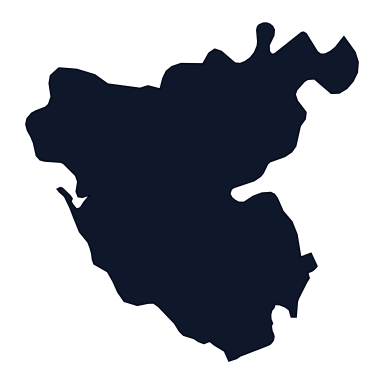 outline of Cádiz
{"feature_id": "ESP-5812", "entity_name": "Cádiz", "entity_type": "Autonomous Community", "adm_level": 1, "iso_a3": "ESP", "parent_name": "Spain", "parent_adm1": "", "projection": "equal_earth", "projection_center": [-5.7, 36.526], "detail": "fine", "context": "isolated", "style": "filled", "palette": "ink", "viewbox_px": 384, "rotation_deg": 0, "n_neighbors": 0, "source": "natural_earth", "source_scale": "10m", "svg_char_len": 2185}
<svg xmlns="http://www.w3.org/2000/svg" viewBox="0 0 384 384"><path d="M296.1,317.0L291.3,317.0L289.3,309.9L285.3,306.9L279.5,304.6L274.8,304.4L274.0,307.6L271.7,310.4L270.6,314.5L270.8,319.2L272.5,323.4L271.2,325.8L271.9,330.9L273.3,334.1L274.0,336.7L273.2,340.4L271.6,342.6L269.9,344.3L264.7,346.5L240.0,356.0L236.5,358.5L228.9,361.0L224.5,351.1L214.1,344.8L209.8,341.2L203.9,343.5L198.8,341.6L193.9,338.4L183.5,335.2L179.7,331.5L174.4,323.1L158.4,306.4L153.6,303.0L148.3,303.1L137.3,305.3L124.2,301.3L117.9,292.2L113.0,281.3L107.5,271.6L94.0,263.9L92.4,259.2L91.8,253.8L90.2,247.8L88.0,242.2L79.6,231.9L73.8,217.6L70.1,207.9L64.6,196.5L59.3,191.7L57.2,189.1L60.2,187.6L62.2,188.1L70.1,195.7L72.1,198.6L70.9,201.4L72.7,204.5L76.4,209.1L79.5,208.3L81.3,206.5L84.0,202.2L89.3,195.8L87.5,195.6L82.5,197.3L78.2,196.7L76.2,191.7L77.8,181.8L75.7,175.6L63.8,163.7L61.2,162.2L44.5,161.0L40.1,159.8L36.4,155.7L33.5,142.8L30.9,136.5L27.5,130.5L25.9,124.4L27.1,118.6L31.7,113.2L36.2,110.8L45.4,107.3L48.6,104.4L51.2,96.8L49.2,83.3L50.5,75.6L58.9,68.0L76.7,69.4L94.8,74.9L107.7,84.1L140.1,88.4L147.9,85.9L160.2,89.1L162.9,78.4L166.3,71.3L171.9,66.7L181.0,63.6L202.9,63.9L208.9,53.2L214.7,49.2L221.3,51.4L234.9,63.1L240.1,63.6L245.2,61.6L250.4,57.8L254.5,52.6L257.3,45.9L257.8,41.8L256.8,30.0L257.5,27.0L258.9,25.1L263.1,23.2L266.2,23.0L269.6,24.1L272.5,26.3L274.3,29.8L273.8,35.3L269.0,45.3L269.3,51.3L271.7,54.5L274.8,53.8L301.5,32.6L303.6,32.2L306.1,33.7L317.4,51.9L320.8,54.3L325.1,54.2L330.6,51.4L335.5,47.4L343.9,36.7L355.0,52.2L358.1,62.1L357.3,72.4L353.0,81.2L346.7,88.5L339.2,93.0L331.3,93.3L314.4,78.8L307.6,79.3L304.1,81.6L296.7,89.9L295.1,94.4L297.3,100.9L306.0,112.3L305.2,118.9L300.2,125.9L295.7,146.1L291.7,151.8L284.8,156.4L269.8,161.8L267.4,164.3L263.0,173.3L260.4,176.4L254.0,180.7L233.5,187.6L231.2,189.4L229.8,193.8L231.7,197.6L235.2,200.5L238.7,202.3L244.0,202.4L253.1,196.4L261.9,193.1L270.7,192.5L274.4,194.3L277.1,197.9L283.0,211.3L291.9,221.8L296.9,234.3L300.7,257.2L311.0,253.3L317.0,266.2L315.8,267.7L314.0,269.5L312.0,271.0L307.9,272.6L308.2,275.1L309.2,278.0L306.5,282.4L298.4,298.4L297.3,301.8L296.1,317.0Z" fill="#0f172a" stroke="#020617" stroke-width="1.5"/></svg>